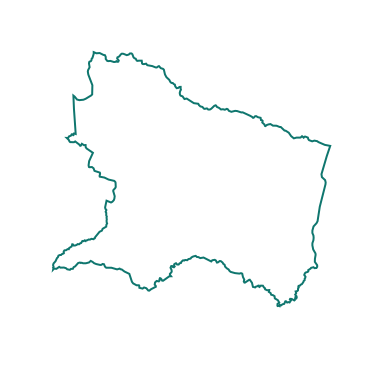 outline of Ancuabe, Cabo Delgado, Mozambique, rotated 197°
{"feature_id": "85939544B12924931865401", "entity_name": "Ancuabe", "entity_type": "district", "adm_level": 2, "iso_a3": "MOZ", "parent_name": "Mozambique", "parent_adm1": "Cabo Delgado", "projection": "mercator", "projection_center": [39.811, -12.944], "detail": "fine", "context": "isolated", "style": "outline", "palette": "teal", "viewbox_px": 384, "rotation_deg": 197, "n_neighbors": 0, "source": "geoboundaries", "source_scale": "gbopen_adm2", "svg_char_len": 5984}
<svg xmlns="http://www.w3.org/2000/svg" viewBox="0 0 384 384"><g transform="rotate(197 192 192)"><path d="M271.2,158.7L270.6,151.9L269.9,150.6L268.6,149.7L268.8,147.8L267.9,147.0L267.2,144.6L266.3,143.6L266.2,142.4L265.5,141.0L265.3,139.5L264.6,137.8L264.0,137.2L264.3,135.6L263.9,133.8L266.7,130.7L266.9,128.7L268.8,126.9L271.4,120.5L271.4,119.4L271.9,119.1L272.3,118.1L274.5,117.8L275.7,116.6L276.9,116.4L278.2,115.1L279.3,114.6L279.4,114.0L280.6,114.3L281.2,113.3L282.5,113.1L283.1,110.8L283.8,110.4L284.7,109.0L286.2,108.7L286.8,107.7L288.1,106.7L289.5,106.2L290.6,107.1L291.2,107.0L291.2,104.7L293.1,102.5L293.1,101.3L294.3,101.0L295.4,99.5L296.9,98.9L297.3,97.7L297.1,96.8L296.6,96.2L296.8,95.7L298.4,94.4L298.8,93.5L300.1,93.0L301.1,92.1L301.2,90.3L301.8,89.3L302.3,85.8L303.5,83.2L303.5,81.5L302.5,80.0L302.7,79.1L302.3,78.9L302.1,77.2L301.5,78.4L299.2,78.9L297.1,81.6L295.7,81.2L292.4,82.3L290.3,82.3L288.7,81.6L286.0,81.9L285.3,83.1L283.5,83.7L283.2,85.5L282.0,86.7L280.1,90.8L278.5,91.8L277.6,91.6L276.8,92.1L275.4,92.0L272.7,92.8L269.9,94.5L268.7,96.5L266.7,96.1L264.8,95.3L262.5,95.1L258.4,95.4L257.3,95.9L256.5,97.0L255.1,97.2L253.4,95.2L251.9,94.5L247.0,96.0L241.0,96.1L238.8,97.6L237.8,97.2L236.6,97.4L233.3,96.2L228.0,95.4L223.2,88.6L221.6,87.4L217.8,86.6L215.5,87.3L215.1,87.0L214.3,85.0L211.0,85.2L210.0,86.6L209.5,86.7L207.5,86.6L205.0,85.0L204.0,85.2L202.7,87.1L198.9,90.8L199.2,91.6L200.6,92.5L200.9,94.7L199.8,96.6L197.6,96.8L197.1,97.9L197.6,98.9L197.5,100.2L196.9,100.3L195.7,99.6L194.6,98.5L193.7,98.7L189.1,104.7L187.4,105.3L188.9,106.4L189.2,107.2L188.2,109.3L188.2,110.2L188.8,111.5L190.4,113.3L190.2,115.1L189.4,115.4L188.4,114.7L187.3,114.7L186.8,115.7L187.6,116.4L187.9,117.6L186.9,118.9L186.4,119.2L185.1,118.3L183.6,118.7L183.0,120.2L181.8,120.9L181.8,121.9L180.8,123.8L180.5,124.1L179.5,124.1L178.7,125.0L176.6,125.4L175.8,126.8L173.9,127.9L173.4,129.3L172.0,130.7L169.8,132.0L168.4,131.3L166.8,131.6L164.8,131.2L161.8,132.7L153.3,131.2L152.6,132.7L150.4,133.8L149.2,133.5L147.5,131.8L146.7,132.2L145.3,134.1L144.2,134.3L142.0,133.4L141.2,132.5L139.6,132.0L138.5,130.3L136.2,129.1L134.5,128.7L132.9,127.4L131.6,126.9L127.2,127.0L122.9,127.8L121.4,128.7L120.1,128.6L118.4,125.6L116.4,123.5L116.3,121.5L115.4,120.7L114.9,120.8L111.6,124.8L111.1,125.0L108.1,122.7L106.0,119.1L103.7,119.2L103.2,120.2L102.2,120.8L101.2,121.9L100.8,122.0L100.3,121.1L99.7,120.9L98.8,122.6L96.8,123.1L95.2,121.7L94.1,121.3L93.6,120.3L91.4,120.0L89.5,120.8L89.3,118.9L87.4,118.4L86.2,116.9L84.3,117.0L82.6,116.5L81.7,114.5L78.2,113.6L76.2,111.7L77.5,110.0L77.1,108.3L76.8,108.0L76.1,108.4L74.8,108.4L75.0,109.7L73.7,109.6L72.6,111.1L71.1,112.0L70.8,114.7L70.3,115.0L68.7,114.1L67.6,114.9L66.4,114.9L65.7,117.2L67.0,117.9L66.9,118.5L65.4,118.9L62.5,118.2L62.1,118.7L62.3,121.3L61.1,120.9L61.0,121.7L61.5,122.8L63.3,124.0L62.8,125.7L63.8,127.2L62.5,127.9L61.9,128.9L62.4,130.9L62.0,131.8L62.6,132.4L62.6,133.4L61.5,133.9L61.0,135.1L60.0,136.0L59.2,138.3L59.2,139.5L58.5,140.6L58.9,142.1L58.6,142.9L58.7,144.2L60.4,145.5L60.3,147.2L59.8,148.2L58.0,149.4L57.6,150.1L58.0,151.3L56.3,153.3L55.9,154.3L53.8,155.6L52.6,155.0L50.8,155.7L50.4,157.1L50.9,158.6L54.1,161.1L54.9,164.0L55.4,168.0L56.0,169.4L59.3,172.5L61.3,176.2L61.9,178.3L61.8,181.4L62.3,183.8L63.1,185.8L64.9,188.0L65.6,190.4L65.7,194.6L63.8,198.6L63.4,200.8L65.5,215.3L66.6,238.4L67.0,240.3L68.2,242.3L72.1,244.2L73.4,246.9L73.6,265.7L73.3,276.5L78.8,275.9L85.7,276.7L87.1,277.2L90.0,276.9L91.9,275.6L95.2,275.8L96.1,276.4L97.1,277.9L99.8,278.1L100.6,277.8L101.1,276.6L103.1,277.5L104.1,275.8L107.9,274.6L110.3,273.1L113.5,274.4L116.8,277.0L120.4,278.0L121.5,277.8L126.1,280.1L127.3,279.8L130.6,280.1L133.9,279.1L136.8,279.9L138.6,279.0L140.1,277.9L141.0,276.5L141.5,276.5L142.6,277.8L145.1,279.0L145.2,280.6L146.0,281.1L147.1,281.0L148.1,283.0L150.9,282.8L152.8,283.3L153.8,282.9L154.8,281.0L155.4,280.8L156.5,281.4L158.8,281.9L166.8,283.0L168.1,282.5L172.5,282.6L174.5,282.2L177.8,280.2L180.4,280.4L182.0,281.6L183.0,281.7L184.6,280.3L186.6,280.2L188.4,279.4L190.6,280.3L193.2,280.7L194.2,281.7L194.8,281.8L195.9,280.9L197.9,277.3L199.0,276.1L200.6,275.6L202.2,276.3L204.2,275.2L205.0,275.2L206.9,276.4L209.0,276.3L210.7,277.1L211.8,278.2L216.2,277.5L224.4,279.8L226.4,278.7L229.0,280.7L231.1,280.8L231.9,281.5L232.7,283.1L232.8,285.2L232.5,286.6L233.0,287.3L233.6,289.2L234.7,288.8L235.6,287.5L237.0,286.8L238.9,288.1L239.8,289.7L240.9,289.8L242.3,290.6L243.6,290.3L245.0,291.0L246.5,292.6L250.0,294.3L252.2,296.5L254.7,300.8L255.8,301.3L258.1,301.3L260.3,302.7L260.8,302.5L262.1,300.8L263.2,300.5L266.8,300.8L271.8,300.2L273.4,301.3L275.4,300.2L276.7,300.0L277.3,300.3L278.5,302.9L281.4,302.0L282.2,301.5L283.3,301.5L284.8,303.0L286.2,303.1L287.4,303.8L289.3,306.3L290.3,306.8L291.8,306.4L292.7,304.9L294.4,303.8L298.0,304.1L299.5,303.8L300.3,302.8L301.2,300.4L302.7,298.9L302.6,297.8L300.5,296.3L300.6,295.1L301.7,294.6L302.5,295.0L303.4,294.0L304.6,293.5L308.4,293.5L310.3,292.7L311.4,292.6L313.4,294.0L314.0,296.0L315.3,297.4L316.7,297.2L320.9,297.9L324.0,296.7L326.9,297.0L326.4,295.4L326.4,291.1L326.9,290.2L326.7,288.5L327.0,287.5L328.1,286.7L328.3,286.2L328.1,284.8L326.4,281.4L327.0,278.1L326.8,276.6L325.5,274.0L318.5,265.0L316.0,256.1L316.7,254.8L321.0,250.0L322.8,248.5L326.6,246.9L329.0,246.8L332.1,248.9L333.6,249.5L329.2,237.0L320.2,213.5L322.0,213.5L322.3,213.0L322.0,211.8L322.2,211.6L323.3,212.1L323.9,212.0L324.3,210.4L325.9,209.2L326.2,207.5L327.6,207.1L325.1,205.8L323.9,204.5L323.1,204.1L319.4,205.1L318.5,206.2L313.9,204.5L312.4,203.5L311.9,203.8L311.4,205.9L309.0,205.2L307.5,205.8L306.7,203.7L305.5,202.8L298.2,200.5L299.4,191.5L298.7,187.3L297.9,185.8L297.4,185.7L295.0,186.6L293.1,185.9L291.4,183.7L285.8,183.6L285.2,182.5L285.1,180.3L284.7,179.7L280.0,180.2L275.4,179.5L269.7,179.9L268.4,179.3L267.8,178.5L266.4,174.5L266.6,173.2L267.7,171.0L267.7,170.0L264.7,165.4L264.3,162.9L264.4,161.3L265.3,159.4L266.4,158.3L271.2,158.7Z" fill="none" stroke="#0f766e" stroke-width="2"/></g></svg>